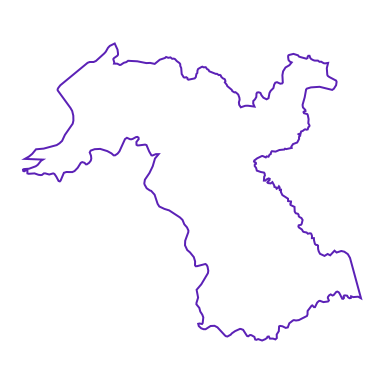 Nova Olinda do Norte, Amazonas, Brazil (Albers equal-area conic projection)
{"feature_id": "56859067B30922595397513", "entity_name": "Nova Olinda do Norte", "entity_type": "district", "adm_level": 2, "iso_a3": "BRA", "parent_name": "Brazil", "parent_adm1": "Amazonas", "projection": "albers", "projection_center": [-58.585, -4.027], "detail": "fine", "context": "isolated", "style": "outline", "palette": "violet", "viewbox_px": 384, "rotation_deg": 0, "n_neighbors": 0, "source": "geoboundaries", "source_scale": "gbopen_adm2", "svg_char_len": 5914}
<svg xmlns="http://www.w3.org/2000/svg" viewBox="0 0 384 384"><path d="M24.8,158.9L42.9,159.6L41.1,160.7L37.7,164.9L35.7,166.3L29.1,168.7L23.9,169.1L23.0,169.6L23.2,170.9L24.1,171.3L26.4,170.1L27.4,170.1L27.4,173.4L28.7,173.8L34.5,173.4L38.5,174.8L40.9,175.1L42.0,174.9L43.9,173.4L45.3,173.4L49.2,174.5L53.2,173.4L54.4,173.9L56.2,176.5L58.6,181.0L59.8,181.4L60.6,180.6L63.9,172.8L66.4,172.0L72.2,172.1L74.5,171.1L77.7,167.8L80.8,162.8L82.2,162.1L84.5,162.8L85.9,164.3L86.9,164.3L89.1,162.8L90.8,160.6L91.3,158.6L91.0,155.7L89.7,152.4L90.7,150.6L94.6,149.2L100.2,148.9L107.3,151.1L111.5,153.4L113.6,155.3L115.1,155.3L117.6,153.6L119.4,151.4L125.0,139.1L126.9,137.8L130.0,139.2L131.3,139.3L132.7,138.9L136.0,137.1L137.3,136.9L138.5,137.6L138.7,139.1L136.4,142.0L136.5,144.8L137.4,145.4L138.8,145.4L145.1,144.6L146.5,145.1L149.2,151.5L151.4,155.3L152.4,155.5L156.0,154.1L158.7,154.1L155.0,158.5L152.7,166.3L151.0,169.8L149.4,173.1L144.9,179.7L144.3,183.3L144.6,184.6L146.7,188.3L149.8,190.4L151.2,190.9L154.6,194.7L157.6,203.8L159.3,206.5L164.4,208.9L169.2,210.4L179.9,217.4L182.5,219.9L184.3,224.3L187.0,227.4L188.4,230.5L188.3,232.2L185.2,240.7L185.0,245.3L187.2,250.0L190.0,252.4L193.8,257.1L195.1,261.4L195.0,265.2L195.7,266.2L197.0,266.2L205.3,264.0L206.5,264.8L207.5,266.5L208.3,270.8L207.9,273.2L201.3,284.3L196.6,289.8L198.1,297.6L196.5,302.8L196.4,304.3L199.3,307.9L200.3,311.6L202.3,314.7L203.3,317.4L202.7,323.0L202.0,324.0L199.6,323.5L198.2,323.8L198.8,326.1L201.2,328.3L203.6,329.2L205.6,329.2L210.6,326.0L214.5,325.8L217.4,327.3L225.0,335.5L225.9,336.2L227.4,336.5L230.7,334.7L231.8,333.4L235.1,331.1L240.0,328.9L240.9,329.0L243.1,329.8L247.0,335.9L248.1,336.3L250.1,335.0L251.4,335.2L254.4,336.9L255.2,339.5L256.4,339.8L258.2,339.1L262.1,340.5L265.2,339.2L267.0,337.9L267.5,336.7L268.8,336.5L269.9,338.6L273.0,338.6L275.4,339.4L276.8,338.1L276.7,334.5L278.8,331.2L279.1,326.4L280.1,325.9L282.5,326.3L285.7,327.9L287.8,327.4L289.3,323.3L292.9,320.5L293.9,320.1L296.0,320.5L298.8,320.1L306.9,316.0L307.5,314.5L307.6,311.0L311.6,305.7L312.4,305.4L313.9,307.1L315.0,307.1L317.2,302.6L318.8,301.1L319.9,300.8L323.4,302.1L328.0,301.5L328.9,300.5L327.8,297.9L328.0,296.9L329.3,295.2L330.7,294.4L332.5,295.5L333.6,295.1L336.3,291.9L337.3,291.6L338.6,292.2L339.4,293.2L342.2,298.7L343.2,298.8L344.0,297.9L343.6,296.4L344.2,295.5L345.1,295.4L347.1,295.7L348.1,297.3L349.5,298.2L350.8,298.0L351.1,296.3L353.2,297.1L358.1,296.7L361.0,298.3L350.0,257.9L347.8,254.1L344.3,251.7L341.3,251.0L336.6,252.5L334.5,250.7L330.2,255.3L327.6,254.0L324.5,255.9L320.0,253.8L318.7,251.3L318.1,249.0L318.0,245.6L317.2,245.0L316.0,244.9L314.9,243.9L314.0,240.2L313.9,238.1L311.9,238.1L312.0,235.9L311.4,234.1L310.8,233.4L309.8,233.3L307.8,233.7L306.6,232.5L303.9,232.0L303.0,231.5L301.9,229.5L298.8,227.4L298.4,226.4L298.7,225.3L301.0,224.8L301.7,223.8L302.6,220.0L301.4,218.0L299.4,217.0L298.7,216.1L298.6,214.8L297.9,213.8L295.9,213.3L295.3,212.6L294.7,211.5L294.5,206.9L290.6,205.0L290.3,203.9L290.9,203.0L291.0,201.5L288.1,201.1L288.0,198.7L282.4,195.1L280.9,192.0L281.0,189.8L279.8,190.0L279.6,187.3L278.9,186.3L277.7,188.1L276.6,188.7L276.1,187.5L274.4,186.9L274.3,185.6L272.4,182.1L270.7,183.4L268.1,183.1L267.4,182.5L267.9,181.5L269.5,180.2L269.7,178.8L268.7,178.4L266.4,179.5L265.4,180.6L263.9,180.6L264.2,176.6L264.9,175.6L264.6,173.5L264.0,172.6L260.8,172.0L256.8,170.6L256.1,167.9L254.7,166.0L254.8,164.4L256.0,163.8L255.8,162.7L254.0,161.6L254.3,160.5L257.2,158.3L261.7,156.1L262.6,156.0L265.8,157.4L266.6,156.4L268.5,156.7L269.6,154.6L270.7,154.1L271.1,152.2L271.9,151.2L275.6,151.6L279.4,150.0L284.3,149.5L285.0,148.7L286.2,149.1L291.7,147.9L291.3,146.7L293.0,144.1L297.2,142.5L299.1,138.9L299.0,137.0L300.1,135.8L298.5,134.2L299.3,133.8L300.5,133.9L301.1,131.5L302.8,130.9L304.0,129.9L305.1,129.3L306.6,129.7L307.7,129.4L308.3,127.3L309.3,126.4L309.5,125.4L308.3,123.2L308.6,119.2L307.8,115.1L307.3,114.1L304.0,113.2L303.5,112.1L304.2,111.4L305.5,111.0L305.3,109.9L303.0,107.5L302.7,106.1L302.6,104.7L304.7,97.3L306.1,89.5L306.9,88.6L310.9,87.4L319.6,86.8L332.2,89.9L333.8,88.8L336.1,85.2L336.6,81.9L336.1,80.6L329.3,77.0L327.8,75.9L327.3,74.9L326.8,68.2L328.1,62.9L325.1,63.4L323.7,63.2L321.2,61.7L319.5,61.8L317.9,60.6L314.8,60.6L313.4,60.2L311.3,59.1L310.3,58.0L309.5,55.8L308.3,55.8L307.6,56.9L307.5,58.1L306.4,58.7L300.2,57.0L298.9,56.5L298.0,55.3L293.5,53.9L289.0,55.0L288.3,55.5L288.1,56.9L288.5,59.9L289.8,61.6L291.7,62.4L289.4,65.2L285.5,67.5L283.1,71.3L282.4,75.2L282.8,82.5L282.2,83.4L280.3,83.7L277.0,82.2L275.3,82.7L274.2,84.6L273.4,88.1L270.7,90.8L269.5,93.0L268.5,98.2L266.6,99.3L263.4,97.7L261.5,95.3L260.4,92.9L258.7,92.3L257.2,92.5L256.5,93.5L256.3,97.0L255.0,99.3L253.3,101.0L253.2,103.6L254.5,106.6L247.8,105.7L245.2,105.8L240.8,107.3L239.2,104.8L238.9,102.3L239.6,99.8L239.4,97.8L238.3,94.7L237.5,93.8L235.5,92.2L234.4,92.4L232.3,91.1L231.7,89.8L227.3,86.1L226.7,84.7L224.8,82.3L225.4,81.4L225.2,80.2L224.6,79.1L222.8,78.3L221.1,76.6L220.8,75.5L219.9,74.9L218.8,75.1L216.9,73.8L215.8,73.9L209.3,71.3L208.4,69.7L207.2,69.2L205.7,67.2L203.4,67.3L202.5,66.7L201.7,66.9L198.2,68.9L197.5,70.4L197.3,73.0L196.4,74.0L195.8,77.1L194.7,78.4L188.4,79.7L187.6,79.2L187.4,78.0L186.2,77.2L184.9,77.6L183.7,77.3L181.7,74.0L181.2,68.0L180.3,66.0L180.2,64.1L179.4,63.0L176.8,61.1L175.0,59.1L173.8,58.6L172.2,58.8L170.5,57.4L168.3,57.8L166.1,57.0L164.9,58.0L159.8,59.7L154.7,63.9L150.1,62.9L146.4,63.1L137.3,61.3L128.1,60.8L126.3,62.1L123.8,62.8L120.8,64.8L119.8,65.0L117.3,63.7L114.0,63.6L114.3,62.6L113.3,59.1L114.0,58.1L117.4,55.7L118.0,54.7L118.0,53.3L117.5,49.6L114.7,43.5L109.8,45.9L108.0,47.8L105.8,51.7L104.3,53.4L95.9,61.0L93.6,62.0L89.7,62.0L87.6,62.8L60.3,85.3L58.3,87.9L57.6,89.3L57.7,90.4L70.5,108.0L72.2,111.0L73.3,115.7L73.4,120.6L72.7,123.7L64.9,134.9L62.1,140.9L59.5,143.3L56.7,145.1L43.7,148.6L36.0,149.3L32.2,153.9L28.9,156.6L24.8,158.9Z" fill="none" stroke="#5b21b6" stroke-width="2"/></svg>